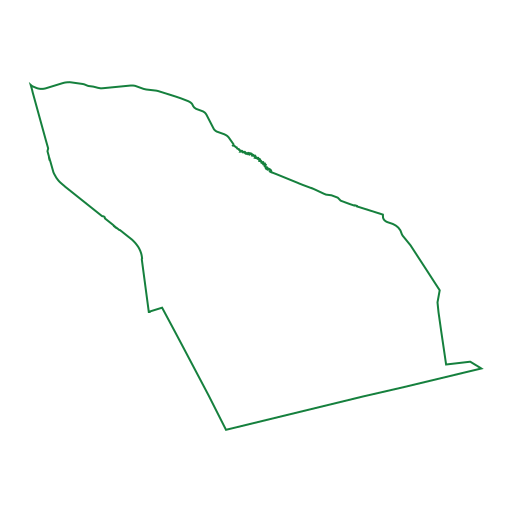 Asten, Noord-Brabant, Netherlands (Natural Earth projection)
{"feature_id": "6326949B72042777534396", "entity_name": "Asten", "entity_type": "district", "adm_level": 2, "iso_a3": "NLD", "parent_name": "Netherlands", "parent_adm1": "Noord-Brabant", "projection": "natural_earth1", "projection_center": [5.775, 51.387], "detail": "fine", "context": "isolated", "style": "outline", "palette": "green", "viewbox_px": 512, "rotation_deg": 0, "n_neighbors": 0, "source": "geoboundaries", "source_scale": "gbopen_adm2", "svg_char_len": 5381}
<svg xmlns="http://www.w3.org/2000/svg" viewBox="0 0 512 512"><path d="M226.0,429.8L362.9,396.5L404.2,387.0L463.7,372.7L481.3,368.5L480.4,367.9L470.4,361.8L470.2,361.7L469.4,361.8L457.4,363.2L446.1,364.5L443.7,348.1L441.2,331.2L439.3,317.8L438.5,312.2L437.5,302.4L439.7,290.3L434.5,282.3L428.5,273.0L410.5,245.3L402.6,235.6L401.8,234.1L400.6,230.9L400.2,230.1L399.2,228.8L398.4,227.7L397.1,226.6L396.0,225.7L394.6,224.9L393.1,224.1L392.1,223.7L388.2,222.4L386.6,221.8L385.8,221.3L385.0,220.7L384.6,220.4L384.0,219.7L383.5,218.9L383.3,218.4L383.0,217.6L383.0,217.0L382.9,214.6L368.7,210.1L356.9,206.4L356.9,205.9L354.9,205.3L354.7,205.6L354.4,205.6L349.6,204.0L341.5,201.0L340.6,200.6L338.2,198.1L337.9,197.8L337.6,197.6L331.5,195.3L326.0,194.6L323.8,193.7L315.5,189.8L312.4,188.4L312.4,188.5L302.7,184.9L300.0,183.8L299.9,183.8L298.9,183.4L298.6,183.2L298.3,183.1L297.6,182.8L276.5,174.2L272.9,172.8L272.1,172.6L270.5,171.9L270.5,171.7L270.4,171.6L269.9,171.4L270.0,171.2L270.7,171.3L270.8,171.2L270.4,170.7L270.5,170.6L270.9,170.6L271.1,170.6L271.0,170.3L270.4,170.0L270.4,169.9L270.3,169.6L270.1,169.4L269.5,169.2L269.3,169.0L269.2,169.0L268.7,169.4L268.4,169.4L268.5,168.6L268.3,168.5L267.6,168.6L267.4,169.4L267.4,169.5L267.2,169.4L267.0,168.8L266.8,168.6L266.2,168.8L265.8,168.4L265.8,168.2L266.4,167.9L266.5,167.9L266.8,168.1L267.0,168.0L267.2,167.6L267.0,167.3L266.8,167.2L266.0,167.2L264.7,166.4L264.6,166.1L264.9,165.5L265.4,165.3L265.6,165.2L265.8,164.8L265.3,164.4L264.8,163.4L264.7,163.4L264.3,163.9L264.2,164.0L263.8,164.2L263.8,163.7L263.7,163.4L263.4,163.2L263.2,163.5L262.9,163.8L262.8,163.7L262.8,163.3L263.0,162.9L263.1,162.4L263.1,162.1L262.8,162.1L262.2,162.4L262.1,162.5L261.8,162.9L261.7,162.9L261.4,162.7L261.5,162.3L261.6,162.1L260.7,161.3L260.8,161.1L261.0,161.0L260.9,160.9L260.9,160.7L260.5,160.6L260.3,160.5L260.2,160.6L260.2,160.9L260.0,161.0L259.3,161.0L259.3,160.8L259.3,160.7L259.4,160.4L259.5,160.3L259.5,160.1L258.9,159.6L259.1,159.5L259.8,159.5L260.0,159.5L260.0,159.4L259.9,159.2L259.6,159.0L259.4,158.8L259.2,158.8L258.8,159.0L258.5,159.0L257.8,158.9L257.6,158.8L257.6,158.7L257.9,158.4L258.0,158.2L258.0,157.9L257.5,157.9L257.0,158.1L256.8,158.1L256.6,157.6L256.4,157.5L256.2,157.6L255.9,157.8L255.8,158.0L255.6,158.0L255.2,157.9L255.3,157.8L255.6,157.3L255.8,157.0L255.8,156.9L255.5,156.6L255.4,156.2L255.1,156.2L255.0,156.3L254.9,156.6L254.7,156.7L254.4,156.5L254.5,156.2L254.9,155.8L254.9,155.7L254.4,155.7L253.8,155.6L253.6,155.5L253.4,155.0L253.3,154.9L253.0,154.9L252.8,154.9L252.7,155.0L252.4,155.6L252.2,155.7L251.9,155.1L252.3,155.0L252.3,154.9L252.1,154.4L251.7,153.8L251.3,153.6L251.1,153.6L250.8,153.7L250.6,154.1L250.2,154.2L250.1,153.9L249.8,153.8L249.6,154.4L249.5,154.5L249.4,154.6L249.2,154.5L249.2,154.1L249.4,153.9L249.5,153.5L249.7,153.2L248.6,153.0L248.3,152.9L248.2,153.0L248.4,153.5L248.1,153.7L247.8,154.0L247.7,153.9L247.8,153.5L247.7,153.3L247.6,153.2L247.3,153.4L246.8,153.9L246.7,153.9L246.5,153.7L246.3,153.1L246.2,153.1L246.0,153.6L245.9,153.7L245.7,153.7L245.4,153.4L245.1,153.1L245.3,152.8L245.3,152.6L245.3,152.3L245.2,152.2L245.1,152.3L244.9,152.6L244.7,152.6L244.6,152.0L244.3,151.8L243.7,151.8L243.3,151.8L243.0,152.0L242.9,152.3L242.7,152.3L242.6,152.1L241.8,151.5L241.8,151.4L242.0,151.2L242.0,150.9L241.8,150.8L241.5,151.0L241.2,151.4L240.9,151.6L240.6,151.7L240.2,151.7L240.4,151.3L240.5,151.0L240.4,150.8L240.1,150.3L239.8,150.2L239.1,149.9L239.1,149.5L239.0,149.3L238.8,149.1L237.4,148.7L236.8,147.9L236.8,147.6L236.7,147.4L236.2,147.3L235.9,147.2L235.4,146.7L234.9,146.4L234.7,146.1L234.4,145.9L233.8,145.7L233.0,145.7L232.9,145.6L233.3,145.2L233.5,144.9L233.5,144.4L233.4,144.1L228.6,137.3L227.8,136.5L227.3,136.0L226.1,135.2L225.1,134.7L224.4,134.3L217.4,131.8L216.8,131.6L215.8,131.0L215.3,130.6L214.6,130.0L214.1,129.4L213.8,129.0L206.4,114.6L205.7,113.6L205.2,113.0L204.7,112.5L204.1,112.1L203.0,111.4L196.8,109.1L196.2,108.9L194.9,108.0L194.3,107.6L193.7,106.8L193.1,106.0L192.4,104.5L191.8,103.6L190.7,102.6L189.8,102.0L188.3,101.2L181.6,98.6L180.5,98.2L175.8,96.6L158.3,91.1L157.1,90.8L156.0,90.6L146.3,89.5L145.4,89.3L143.6,88.9L135.3,85.9L134.3,85.7L132.9,85.5L131.0,85.5L103.1,88.2L101.7,88.3L100.6,88.3L99.4,88.1L97.8,87.8L96.0,87.3L94.4,86.9L93.2,86.6L88.5,86.0L87.5,85.7L84.9,84.6L84.1,84.3L82.8,84.0L70.7,82.3L69.6,82.2L67.2,82.3L65.4,82.5L64.3,82.7L62.1,83.3L45.5,88.4L43.5,88.8L41.7,88.9L40.5,88.9L39.2,88.7L37.7,88.4L36.5,88.0L32.5,86.3L31.6,85.7L30.7,84.9L32.1,89.9L32.6,92.1L45.9,140.4L48.1,148.2L48.1,148.7L47.6,150.6L47.5,151.4L48.9,156.4L49.0,157.9L49.1,158.2L49.4,158.2L49.8,159.6L49.5,159.7L49.6,160.0L49.8,160.0L50.3,161.2L53.4,172.2L54.0,173.6L55.4,176.1L55.9,177.0L56.5,178.0L58.0,180.0L59.0,181.2L60.3,182.5L62.6,184.5L64.4,186.0L65.0,186.6L67.4,188.5L101.9,216.0L102.3,216.2L103.3,216.3L104.0,216.6L104.4,216.9L104.8,217.4L104.9,218.4L112.7,224.6L114.5,226.2L114.3,226.4L114.6,226.6L115.3,227.0L116.0,227.6L115.9,227.7L116.2,227.9L116.3,227.8L116.6,228.0L116.7,227.9L119.3,230.0L120.0,230.1L132.2,239.8L134.0,241.6L135.3,243.0L136.5,244.5L137.6,246.0L138.3,247.0L139.2,248.6L140.2,250.7L140.6,251.8L141.2,253.5L141.6,255.2L141.8,256.4L142.1,258.4L141.8,259.0L141.8,259.4L148.8,312.0L149.7,312.0L149.8,311.6L150.2,311.4L155.3,309.8L162.1,307.7L175.2,332.2L183.0,346.9L190.7,361.5L195.4,370.4L208.8,395.8L226.0,429.8Z" fill="none" stroke="#15803d" stroke-width="2"/></svg>